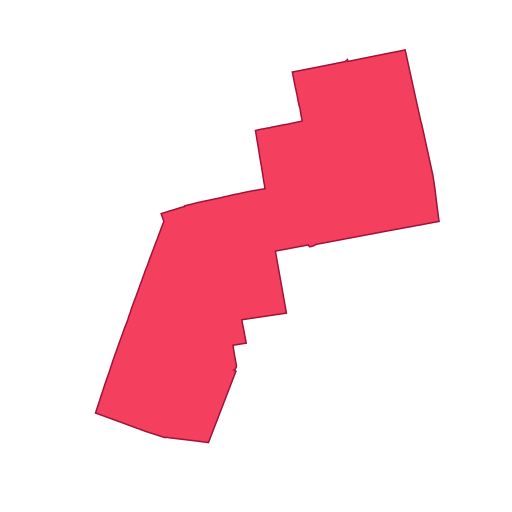 Vadastra, Olt, Romania (Albers equal-area conic projection), rotated 257°
{"feature_id": "2599482B83559341679442", "entity_name": "Vadastra", "entity_type": "district", "adm_level": 2, "iso_a3": "ROU", "parent_name": "Romania", "parent_adm1": "Olt", "projection": "albers", "projection_center": [24.394, 43.851], "detail": "fine", "context": "isolated", "style": "filled", "palette": "rose", "viewbox_px": 512, "rotation_deg": 257, "n_neighbors": 0, "source": "geoboundaries", "source_scale": "gbopen_adm2", "svg_char_len": 3684}
<svg xmlns="http://www.w3.org/2000/svg" viewBox="0 0 512 512"><g transform="rotate(257 256 256)"><path d="M423.3,447.7L423.3,445.2L423.5,437.7L423.7,432.6L424.3,412.4L424.9,389.2L426.8,389.3L425.4,386.4L426.9,337.5L427.1,332.8L425.9,332.7L424.5,332.7L422.8,332.6L420.7,332.6L418.8,332.5L417.3,332.4L416.1,332.4L413.8,332.3L411.2,332.3L408.9,332.3L406.2,332.2L403.3,332.2L401.4,332.1L398.6,332.0L395.5,331.9L392.1,331.8L391.5,331.9L390.9,332.1L389.8,332.1L388.0,332.0L387.3,331.8L384.7,331.7L381.9,331.5L378.6,331.5L377.2,331.4L377.2,330.9L377.1,329.2L377.2,328.0L377.2,326.8L377.2,324.9L377.3,320.7L377.3,318.0L377.4,315.6L377.5,314.1L377.6,312.6L377.7,310.4L377.7,308.5L377.8,307.0L377.8,305.4L377.9,303.4L377.9,301.4L378.0,300.5L378.0,299.1L377.8,298.4L377.9,297.8L378.0,296.8L378.2,295.1L378.2,293.4L378.2,291.3L378.3,290.6L378.5,289.6L378.4,288.7L378.4,286.6L378.4,283.7L373.7,283.4L364.3,282.8L361.8,282.7L357.6,282.4L351.2,281.9L350.1,281.9L345.9,281.6L343.0,281.5L338.6,281.2L335.9,281.0L334.1,280.9L331.6,280.7L329.4,280.5L326.2,280.3L323.4,280.2L319.5,279.9L319.6,278.0L319.8,276.3L319.9,274.9L320.0,272.8L320.0,271.2L320.2,269.3L320.3,267.9L320.3,266.0L320.4,264.7L320.5,262.1L320.5,260.7L320.5,259.6L320.6,257.8L320.6,256.6L320.6,254.5L320.6,253.1L320.7,251.7L320.7,250.4L320.8,248.5L320.8,246.7L320.8,245.3L320.8,244.4L320.8,244.0L320.8,242.9L320.7,241.3L320.8,240.0L320.9,239.3L320.9,238.6L320.8,237.6L320.7,234.5L320.8,230.3L320.9,228.0L320.9,224.7L321.0,221.4L321.1,218.2L321.1,216.4L321.1,214.1L321.2,211.6L321.1,208.8L321.1,207.6L321.0,205.9L321.0,204.5L321.0,202.6L321.0,201.3L321.0,198.8L320.9,197.6L320.3,197.6L320.2,195.8L320.2,195.7L320.1,192.8L319.6,186.9L319.4,183.9L319.3,181.5L318.9,177.4L318.6,173.1L317.2,173.2L315.9,173.4L314.7,173.5L312.0,173.8L310.1,174.0L308.9,172.9L307.9,172.3L305.9,170.9L304.0,169.6L300.8,167.6L297.9,165.6L296.8,164.9L295.6,164.1L294.4,163.4L292.6,162.1L291.6,161.4L289.8,160.2L288.3,159.2L286.5,158.0L286.0,157.7L284.2,156.5L282.3,155.2L279.8,153.6L278.0,152.3L275.6,150.8L274.2,149.9L272.4,148.8L270.9,147.8L269.7,147.0L268.8,146.3L267.6,145.5L266.2,144.5L265.2,143.9L263.7,143.0L261.8,141.7L260.6,140.9L258.8,139.8L257.0,138.7L256.1,138.0L254.4,136.9L253.0,136.0L251.6,135.2L250.6,134.4L249.2,133.6L248.2,133.0L246.6,131.9L245.5,131.1L245.4,131.1L244.7,130.6L243.6,130.0L242.5,129.2L241.2,128.4L239.8,127.4L238.6,126.6L237.6,125.9L236.6,125.3L236.0,125.0L235.2,124.4L234.2,123.7L233.4,123.2L232.8,122.8L232.2,122.4L231.7,122.3L231.3,122.0L231.1,121.9L230.5,121.5L230.0,121.2L228.8,120.5L227.6,119.7L226.1,118.6L225.2,118.1L224.1,117.5L223.1,117.0L222.3,116.5L221.4,115.8L220.5,115.3L219.4,114.5L218.2,113.7L216.1,112.2L213.8,110.7L210.8,108.8L207.6,106.7L205.7,105.5L203.1,103.8L200.8,102.3L198.8,101.1L197.2,100.0L196.1,99.3L194.3,98.2L192.8,97.2L191.9,96.6L190.7,95.8L189.3,95.0L187.4,93.8L185.9,92.8L183.3,91.3L182.0,90.5L180.0,89.3L179.0,88.7L176.9,87.5L174.8,86.1L173.3,85.2L171.8,84.2L170.1,83.1L168.2,81.9L165.3,80.1L161.8,78.0L158.4,75.9L155.8,74.4L155.5,74.1L153.5,72.9L151.4,71.7L149.7,70.7L147.5,69.4L145.9,68.4L141.3,65.6L139.1,64.3L138.6,65.1L136.7,68.0L109.6,109.5L100.0,125.6L99.4,127.0L99.5,127.8L97.9,132.0L95.7,138.1L89.5,155.4L84.9,167.7L97.8,176.4L100.1,178.0L147.9,210.3L148.2,210.6L149.8,208.8L149.9,209.4L150.2,210.1L151.6,211.3L152.7,212.1L154.0,212.3L164.9,212.8L174.2,213.5L173.3,226.9L197.1,227.8L193.5,272.8L256.4,276.0L255.6,295.5L255.0,309.6L253.8,309.8L252.9,310.4L252.8,311.8L253.1,315.1L253.8,317.2L251.0,386.2L248.5,442.2L249.3,442.2L250.1,442.3L261.8,443.4L282.8,445.6L294.5,446.5L346.8,447.1L349.7,446.9L372.8,447.1L423.3,447.7Z" fill="#f43f5e" stroke="#9f1239" stroke-width="1.5"/></g></svg>